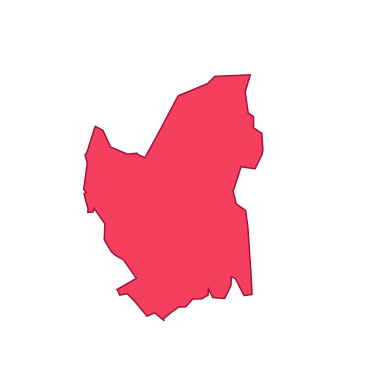 outline of Morris, New Jersey, United States of America, rotated 135°
{"feature_id": "52423323B19000754742578", "entity_name": "Morris", "entity_type": "district", "adm_level": 2, "iso_a3": "USA", "parent_name": "United States of America", "parent_adm1": "New Jersey", "projection": "orthographic", "projection_center": [-74.508, 40.868], "detail": "fine", "context": "isolated", "style": "filled", "palette": "rose", "viewbox_px": 384, "rotation_deg": 135, "n_neighbors": 0, "source": "geoboundaries", "source_scale": "gbopen_adm2", "svg_char_len": 988}
<svg xmlns="http://www.w3.org/2000/svg" viewBox="0 0 384 384"><g transform="rotate(135 192 192)"><path d="M68.0,233.6L94.1,257.6L104.5,257.7L133.8,269.8L160.5,261.6L170.9,258.4L200.9,249.5L203.3,255.2L203.7,258.6L210.9,264.4L217.8,281.3L211.4,298.7L214.0,306.9L238.8,294.1L241.5,293.8L245.7,286.4L266.8,270.4L266.8,266.7L269.4,267.2L274.4,259.2L277.1,253.9L280.0,251.3L276.2,247.9L272.8,249.4L276.2,231.0L287.8,220.3L291.2,207.2L291.0,201.5L288.4,192.4L292.4,170.3L313.9,176.1L313.8,175.8L316.0,170.2L309.7,165.9L309.8,155.5L311.6,136.0L303.8,133.0L302.6,120.5L302.1,122.6L291.4,121.5L282.7,120.1L277.7,115.3L267.2,115.8L260.5,109.5L253.6,107.7L249.0,111.7L251.9,102.7L244.2,93.6L230.6,98.3L224.1,104.3L222.6,100.1L228.4,81.9L222.0,77.1L209.0,91.5L177.7,127.2L167.2,141.0L169.1,152.4L162.4,163.5L139.2,175.2L138.3,173.6L131.0,163.8L116.1,169.0L112.3,171.4L101.2,184.1L103.1,193.8L95.2,201.8L96.4,208.1L83.7,225.1L68.0,233.6Z" fill="#f43f5e" stroke="#9f1239" stroke-width="1.5"/></g></svg>